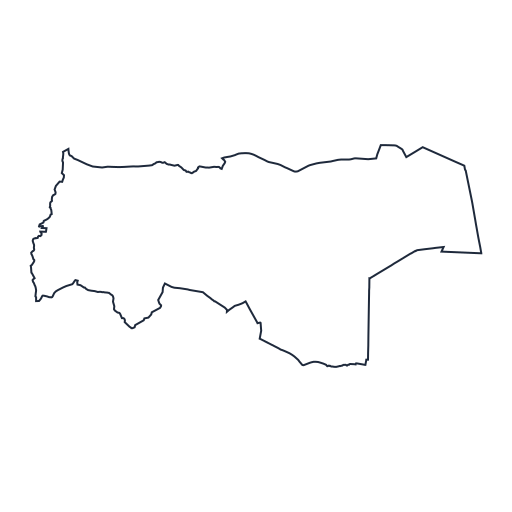 Sahuayo, Michoacán, Mexico (Albers equal-area conic projection)
{"feature_id": "50627088B51707940483337", "entity_name": "Sahuayo", "entity_type": "district", "adm_level": 2, "iso_a3": "MEX", "parent_name": "Mexico", "parent_adm1": "Michoacán", "projection": "albers", "projection_center": [-102.785, 20.048], "detail": "fine", "context": "isolated", "style": "outline", "palette": "slate", "viewbox_px": 512, "rotation_deg": 0, "n_neighbors": 0, "source": "geoboundaries", "source_scale": "gbopen_adm2", "svg_char_len": 5921}
<svg xmlns="http://www.w3.org/2000/svg" viewBox="0 0 512 512"><path d="M481.3,253.3L481.3,253.1L481.0,251.6L480.2,247.0L479.3,242.5L478.4,237.9L477.6,233.5L476.8,228.9L476.0,224.5L475.3,220.3L472.3,203.0L471.8,200.4L465.7,170.5L465.1,169.8L464.8,168.6L464.6,167.3L464.3,165.7L462.3,164.8L455.9,162.0L422.7,147.2L414.8,152.0L406.3,157.1L402.9,150.7L402.5,149.7L402.1,149.3L400.6,148.3L398.6,147.1L396.6,145.8L395.8,145.6L394.8,145.4L388.5,145.2L382.8,145.1L380.8,145.1L378.7,150.7L377.3,154.3L376.2,158.4L368.2,159.2L355.6,158.3L354.3,158.4L350.8,159.3L349.3,159.5L341.6,159.5L339.3,159.7L337.7,159.9L334.6,160.6L333.2,160.9L330.8,161.5L319.8,162.8L316.5,163.4L310.1,165.1L308.5,165.7L304.3,167.9L302.2,169.0L297.8,171.3L296.7,171.5L295.8,171.6L294.4,171.5L293.0,170.9L287.0,168.1L285.2,167.4L280.5,165.0L277.7,164.0L272.4,162.8L268.7,162.0L267.2,161.4L264.6,160.0L258.4,157.1L256.2,155.9L253.7,154.7L251.4,153.9L249.0,153.3L247.3,153.2L245.6,153.1L243.5,153.2L241.3,153.3L238.7,153.6L236.3,154.5L235.0,155.1L230.3,156.5L227.7,156.9L224.3,157.5L222.1,158.3L223.3,159.5L224.2,160.1L225.2,161.8L224.6,163.3L223.6,164.7L222.8,165.9L221.7,168.9L220.4,168.4L220.1,167.9L219.2,167.1L218.7,166.9L216.4,167.0L214.1,166.8L209.3,167.6L205.5,167.5L202.4,166.9L200.9,166.6L199.5,166.4L198.7,166.9L198.0,167.5L198.1,168.4L197.3,169.2L196.3,170.7L195.8,171.1L195.1,171.3L194.2,171.6L193.6,172.0L193.3,172.4L192.7,172.6L191.9,173.2L191.1,173.1L190.4,172.6L189.1,172.2L188.2,171.6L187.4,171.8L186.5,171.8L185.7,170.6L185.0,170.3L184.0,170.1L183.5,169.7L181.3,167.4L179.5,166.2L178.8,165.7L178.3,165.0L177.8,164.9L174.5,165.7L171.1,164.9L169.8,164.5L168.8,164.6L166.7,163.9L164.7,162.2L163.0,162.8L162.1,162.7L160.7,162.0L159.2,161.8L157.8,162.1L156.5,162.3L155.6,163.1L154.7,163.7L153.5,164.1L152.6,164.9L152.0,165.2L149.0,165.6L137.8,166.5L133.1,166.4L129.3,166.6L124.4,166.9L119.1,167.1L112.7,166.9L107.7,166.7L102.1,167.5L92.7,166.5L86.8,164.3L77.7,160.0L74.1,158.6L71.6,156.1L69.8,155.4L69.1,154.1L68.8,152.8L68.5,150.4L68.4,148.9L63.0,151.9L63.3,153.4L63.2,155.0L62.9,157.3L63.0,158.1L62.6,158.9L62.4,160.0L62.4,161.0L63.0,162.4L63.0,163.4L62.7,169.6L61.8,173.1L64.0,175.2L63.8,177.6L62.8,179.8L62.2,181.8L59.6,181.6L55.9,185.9L54.6,189.5L55.6,192.3L55.4,193.9L54.4,194.7L53.4,195.0L52.7,195.9L52.1,196.9L51.9,198.4L51.8,199.8L52.0,200.9L51.4,201.5L50.6,202.1L50.2,202.9L50.1,204.4L50.2,205.5L49.8,207.2L50.5,207.6L50.4,208.1L51.2,209.8L51.4,211.0L51.7,214.1L50.6,214.6L50.2,215.8L49.8,216.8L49.3,217.4L48.2,218.4L47.5,219.0L45.7,220.0L44.1,220.7L43.7,221.1L43.6,222.0L43.4,222.5L42.6,223.0L39.7,224.4L39.0,226.4L39.2,226.6L39.5,226.6L39.5,226.4L42.8,226.0L42.9,226.5L42.0,228.0L46.5,228.2L46.0,231.5L45.9,231.8L40.3,231.6L40.4,232.0L40.9,232.5L41.2,232.9L41.6,233.5L41.5,235.0L40.8,235.5L40.5,236.1L38.8,235.9L38.0,236.7L37.7,237.9L35.6,238.3L35.4,238.1L34.9,238.3L34.2,238.5L33.3,239.0L32.9,240.0L32.7,240.9L33.3,242.9L34.0,244.7L34.1,245.7L34.0,246.6L33.9,247.3L33.9,248.0L34.2,249.3L34.1,249.8L33.9,250.3L33.4,250.9L32.7,251.1L31.2,252.7L31.4,254.1L31.9,254.9L32.5,256.3L33.4,259.2L34.2,259.9L34.3,260.8L33.8,262.0L33.2,262.9L31.8,265.0L30.7,265.8L31.0,267.0L31.4,272.7L31.9,273.2L34.6,278.2L33.2,279.3L32.6,280.1L32.8,281.0L33.2,282.1L33.7,282.7L34.1,283.6L34.7,285.2L35.3,286.3L35.7,287.8L36.1,290.2L36.0,291.6L35.8,292.8L35.5,295.5L35.4,296.3L35.7,296.8L36.1,297.2L36.1,301.1L39.0,301.0L40.6,299.1L41.5,297.6L42.0,296.4L42.6,295.7L43.8,295.7L47.0,296.4L49.2,297.2L50.1,297.2L51.2,297.4L52.1,297.1L52.7,296.3L54.2,293.1L55.8,291.4L57.9,290.1L63.2,287.4L66.4,286.0L70.0,284.9L71.3,284.5L72.3,284.2L73.1,283.3L74.2,281.6L74.9,280.6L75.4,280.1L77.7,280.7L77.2,282.4L77.5,284.6L80.5,285.2L83.9,287.5L84.8,287.5L86.1,288.9L88.1,290.1L91.3,290.7L94.7,291.1L96.8,291.7L97.8,292.0L99.9,291.8L101.1,291.9L102.2,292.2L103.4,292.1L104.7,292.4L107.4,292.6L108.6,292.9L109.0,292.9L111.1,294.6L112.3,295.3L113.0,296.4L113.5,298.3L113.0,301.7L114.3,306.2L114.0,309.2L114.8,310.5L117.5,312.5L119.4,312.9L120.2,314.0L121.9,318.1L123.3,318.1L124.0,318.5L124.6,319.3L124.9,320.5L124.7,322.1L129.6,326.8L130.8,327.5L131.4,328.2L132.5,328.2L134.6,327.3L135.2,325.1L143.7,320.3L144.4,318.4L148.4,317.6L151.2,314.5L151.8,312.3L160.0,307.9L161.0,306.3L161.1,305.3L159.5,303.7L159.0,302.5L158.2,300.0L162.6,292.1L162.9,288.1L163.0,287.5L164.9,283.5L171.5,286.9L174.3,287.7L179.8,288.2L187.6,289.4L189.8,290.0L202.9,292.2L207.2,295.8L210.4,298.1L212.0,299.5L213.4,300.4L214.3,301.3L215.0,301.3L224.8,307.6L227.0,309.9L226.9,311.8L229.0,310.0L233.0,307.2L234.7,305.9L236.3,305.4L238.4,304.8L240.8,303.9L242.7,303.1L245.6,301.4L247.2,304.3L249.8,309.2L257.0,322.1L257.5,323.2L259.9,322.6L260.3,322.6L260.6,322.9L261.0,328.4L261.2,330.7L259.7,338.7L260.4,339.0L268.2,343.0L278.6,348.3L280.7,349.6L282.3,350.1L284.5,351.0L285.4,351.4L287.2,352.2L289.6,353.3L292.2,354.9L294.4,356.5L298.2,359.9L299.6,361.8L301.0,363.4L301.8,364.4L302.4,365.0L303.6,365.2L309.8,362.8L311.4,362.3L313.6,361.8L315.7,361.8L318.1,362.0L320.2,362.6L323.3,363.6L326.1,364.8L326.7,365.6L327.3,366.2L327.9,366.1L328.5,365.7L329.2,365.7L329.8,365.8L329.8,366.0L331.9,366.6L332.7,366.5L333.9,366.8L336.1,366.9L338.3,366.4L338.8,366.3L339.5,366.0L340.2,366.1L340.6,366.0L341.5,365.7L342.3,365.6L343.3,364.9L345.6,364.8L346.1,365.0L346.5,365.4L347.0,365.6L348.1,364.8L349.1,364.7L349.4,364.2L350.2,364.0L354.3,364.2L355.6,364.4L355.7,363.9L355.8,363.7L356.0,363.4L356.4,363.4L356.8,363.4L362.6,364.4L365.2,364.9L365.4,364.9L365.8,362.5L366.2,360.6L366.3,359.7L367.4,359.7L368.0,359.7L368.1,352.6L368.2,349.2L368.3,345.7L368.4,336.1L368.8,310.1L369.1,292.4L369.1,290.6L369.3,287.5L369.3,286.9L369.4,278.3L369.9,278.4L370.5,277.9L377.1,273.9L390.6,265.8L391.0,265.6L394.3,263.4L397.4,261.6L410.2,253.8L410.7,253.5L411.2,253.4L415.3,250.9L415.6,251.1L417.1,250.2L424.9,249.2L432.7,248.3L435.4,247.9L443.6,247.0L441.5,251.6L481.3,253.3Z" fill="none" stroke="#1e293b" stroke-width="2"/></svg>